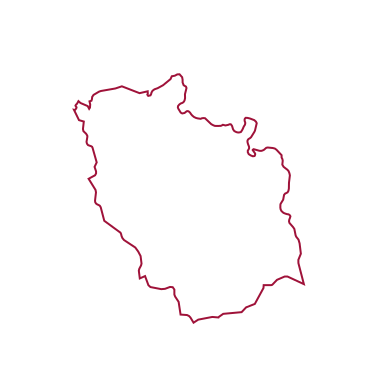 map outline of Lugo (Robinson projection), rotated 323°
{"feature_id": "ESP-5832", "entity_name": "Lugo", "entity_type": "Autonomous Community", "adm_level": 1, "iso_a3": "ESP", "parent_name": "Spain", "parent_adm1": "", "projection": "robinson", "projection_center": [-7.286, 43.039], "detail": "fine", "context": "isolated", "style": "outline", "palette": "rose", "viewbox_px": 384, "rotation_deg": 323, "n_neighbors": 0, "source": "natural_earth", "source_scale": "10m", "svg_char_len": 3297}
<svg xmlns="http://www.w3.org/2000/svg" viewBox="0 0 384 384"><g transform="rotate(323 192 192)"><path d="M147.2,55.3L147.9,56.1L149.1,55.8L150.5,55.2L150.8,54.7L150.7,53.7L151.0,52.8L152.2,52.4L153.3,52.3L156.0,51.1L156.5,53.8L160.4,60.6L159.9,63.7L161.3,63.2L163.4,60.8L164.7,57.9L166.6,58.6L168.0,57.6L169.5,56.0L171.8,55.2L178.1,55.9L180.0,56.5L193.1,63.2L199.6,65.4L209.6,81.5L217.2,84.9L216.6,85.7L216.3,86.3L215.8,86.9L214.9,87.4L214.9,88.9L217.0,89.8L218.3,89.2L219.5,88.2L221.4,87.4L223.8,87.4L227.0,88.4L233.1,89.3L242.8,88.9L245.5,87.4L248.3,88.8L251.0,89.2L252.9,90.5L253.2,94.4L252.1,96.6L250.4,98.9L249.6,101.7L250.6,104.2L250.3,105.3L250.1,105.7L245.2,109.7L243.0,112.8L241.4,114.2L240.1,114.9L239.0,115.1L237.8,115.0L236.2,114.5L234.4,114.5L232.5,115.0L231.5,116.1L231.2,117.4L230.8,121.5L231.0,122.5L231.5,123.4L233.6,124.4L236.3,124.3L237.4,124.9L238.0,126.1L238.2,127.6L238.1,129.2L238.2,131.0L238.7,133.2L239.7,135.2L240.9,136.7L243.0,138.8L244.4,139.1L245.7,139.9L246.8,140.9L248.2,149.4L249.1,151.4L250.0,152.9L251.3,154.0L254.8,156.5L256.0,156.8L257.1,156.9L258.8,159.0L261.4,160.2L262.7,160.5L263.7,161.2L263.8,162.3L263.7,163.5L262.6,166.4L262.4,168.3L262.9,169.8L263.7,171.2L264.7,172.3L266.0,173.1L267.3,173.5L269.9,172.5L272.9,170.8L274.4,170.3L275.6,169.5L276.4,168.4L276.7,167.2L277.4,166.0L278.4,165.2L279.6,165.1L281.0,166.3L282.6,168.3L285.0,172.1L285.4,174.3L285.1,176.0L279.2,180.9L277.8,181.6L272.1,183.8L270.6,183.9L269.0,183.7L267.9,184.0L267.0,184.6L266.4,185.5L265.9,186.6L265.4,188.0L264.9,189.9L264.1,191.3L262.8,192.1L261.5,192.5L260.5,193.8L260.1,195.9L260.9,198.1L262.1,200.1L263.6,200.9L264.3,200.6L265.0,200.1L265.3,199.7L265.5,199.4L265.6,198.7L265.7,195.0L266.0,194.8L267.0,194.9L270.3,199.2L270.7,199.7L272.0,200.8L273.3,201.3L274.8,201.6L277.9,201.4L279.2,202.0L282.9,205.4L284.3,207.1L284.9,209.1L285.7,216.5L284.3,218.4L284.0,220.1L283.3,221.6L280.6,224.5L280.3,227.0L281.6,231.8L281.7,233.4L281.1,235.6L280.2,237.6L275.0,243.0L271.4,247.6L269.7,249.1L268.1,249.8L266.7,249.6L265.4,249.3L263.8,249.7L260.2,253.0L255.6,254.8L254.9,255.4L253.1,257.7L252.3,259.3L252.0,261.1L252.5,263.7L253.5,265.4L254.6,266.9L255.7,268.0L256.1,269.3L256.0,270.6L254.6,271.7L253.2,272.5L251.9,273.7L251.2,275.3L251.6,280.9L251.5,283.1L248.7,288.9L248.3,290.4L248.4,294.1L247.0,297.8L241.8,306.8L236.1,310.2L234.2,312.8L225.9,332.9L217.4,317.0L215.2,315.3L207.0,313.3L200.3,314.4L199.1,314.0L193.2,309.5L191.3,311.7L174.8,319.2L165.8,316.7L159.3,317.8L143.6,308.1L137.9,307.9L137.6,308.1L133.0,304.0L120.2,297.7L114.6,297.3L115.2,291.3L115.0,289.3L114.0,287.3L109.1,283.0L115.2,271.7L115.6,265.4L116.2,263.3L119.2,259.3L119.3,256.4L117.3,254.6L112.2,253.1L109.0,251.1L101.6,242.9L101.1,240.2L103.9,230.9L98.3,229.6L102.2,222.8L103.7,221.6L107.1,220.0L108.6,218.8L112.4,212.2L113.2,207.2L113.3,202.2L108.8,189.5L108.7,186.9L109.3,184.6L110.0,183.1L110.4,181.5L104.6,162.2L109.9,149.3L110.1,147.5L109.6,146.2L108.9,145.0L108.4,143.4L108.6,141.8L109.4,140.5L115.1,134.5L116.2,132.3L117.4,119.2L124.7,120.3L126.6,119.4L127.8,117.8L129.3,113.3L133.7,111.0L139.2,96.8L139.4,95.8L139.1,94.9L137.2,92.0L137.2,90.2L137.9,88.5L141.7,84.9L142.3,83.9L142.5,81.7L141.9,78.1L142.8,76.1L148.0,70.6L145.0,66.6L147.2,55.3Z" fill="none" stroke="#9f1239" stroke-width="2"/></g></svg>